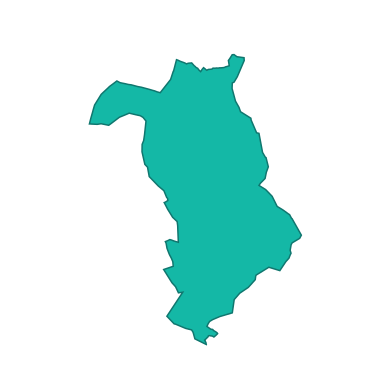 Atakunmosa West, Osun, Nigeria (Mercator projection), rotated 195°
{"feature_id": "59680162B20429116941940", "entity_name": "Atakunmosa West", "entity_type": "district", "adm_level": 2, "iso_a3": "NGA", "parent_name": "Nigeria", "parent_adm1": "Osun", "projection": "mercator", "projection_center": [4.653, 7.599], "detail": "fine", "context": "isolated", "style": "filled", "palette": "teal", "viewbox_px": 384, "rotation_deg": 195, "n_neighbors": 0, "source": "geoboundaries", "source_scale": "gbopen_adm2", "svg_char_len": 2781}
<svg xmlns="http://www.w3.org/2000/svg" viewBox="0 0 384 384"><g transform="rotate(195 192 192)"><path d="M75.2,178.6L88.5,192.2L89.1,192.4L92.0,195.5L92.5,195.5L99.2,198.1L106.0,200.1L113.5,208.6L121.3,213.3L129.0,215.7L128.2,218.1L124.9,224.0L125.3,230.3L124.8,236.1L129.4,244.4L130.1,244.5L134.1,248.5L142.5,266.0L144.9,265.9L145.0,266.0L153.5,276.8L154.2,278.5L165.9,282.1L168.5,285.9L173.5,291.0L180.1,302.4L181.3,307.8L179.8,309.0L178.1,315.0L175.6,332.5L176.5,335.2L183.6,334.3L187.0,335.6L188.7,335.0L190.2,330.2L190.9,328.5L188.7,323.6L189.6,323.0L190.5,322.4L191.8,321.7L192.6,321.0L193.6,320.4L194.9,319.9L196.2,319.4L197.4,319.1L198.9,318.4L200.5,318.1L201.8,317.5L203.3,317.2L204.1,316.8L204.6,315.8L206.6,315.1L208.0,314.6L209.2,313.4L210.2,313.8L211.4,314.4L213.0,315.1L213.8,313.5L214.8,310.5L215.9,311.1L217.0,311.7L218.6,313.0L220.2,313.3L221.5,314.1L222.5,314.5L225.7,316.6L228.7,315.5L229.6,315.0L230.5,314.3L231.9,314.7L233.3,314.9L234.5,315.0L235.8,315.1L237.1,315.2L238.2,315.4L239.8,315.7L241.2,315.8L241.1,303.2L241.3,304.2L241.8,295.1L248.4,279.7L251.6,279.7L254.2,280.0L256.4,280.0L260.0,280.1L264.1,280.1L268.0,280.1L271.7,279.8L273.8,279.8L275.6,279.8L278.3,279.8L281.4,279.4L284.8,279.3L287.6,279.1L289.9,279.0L293.3,279.8L296.1,276.2L299.2,272.3L299.4,271.8L303.6,265.1L305.0,262.8L308.6,250.8L308.7,246.2L308.7,242.9L308.8,237.0L308.7,231.2L301.1,232.8L297.5,234.4L289.7,234.9L287.3,237.9L281.5,245.4L274.3,250.9L273.1,251.9L266.1,252.1L261.7,252.3L258.6,251.4L254.8,248.6L253.5,240.3L252.7,235.1L252.0,229.2L252.5,225.1L250.7,217.9L244.7,206.5L241.3,204.4L240.8,203.2L237.3,195.8L226.0,189.0L219.5,186.0L215.0,180.1L214.0,179.6L213.1,177.5L214.0,176.6L214.4,176.1L214.9,175.6L215.5,175.0L216.1,174.6L210.9,168.9L206.1,164.4L204.1,162.5L203.3,162.1L198.7,159.6L197.1,155.7L192.2,139.9L196.6,140.0L199.4,140.3L201.1,140.3L203.0,138.6L203.3,138.4L204.9,137.2L203.7,135.7L203.1,134.4L201.6,131.2L198.8,127.3L197.5,125.6L194.8,122.7L192.5,119.7L190.9,115.4L199.3,109.8L187.8,99.1L183.3,96.2L179.0,91.1L175.0,92.8L184.1,65.5L175.1,60.0L173.8,60.1L162.8,58.6L156.7,58.7L154.6,56.7L151.2,50.9L138.7,48.4L138.7,48.5L139.0,49.0L139.4,49.5L139.5,50.1L140.2,50.9L141.4,52.0L141.0,52.3L141.2,52.7L141.0,52.9L139.7,55.1L139.5,55.6L139.3,55.7L139.0,56.5L138.9,57.3L138.4,57.7L137.4,57.8L135.0,58.1L133.3,57.6L131.9,59.6L130.9,61.3L130.6,61.8L131.2,62.4L132.3,62.9L134.3,63.5L135.4,63.8L136.3,64.5L136.8,64.6L138.3,64.3L139.0,64.6L142.8,66.0L142.5,67.9L142.2,69.3L141.5,71.5L139.0,74.1L132.9,78.9L121.8,85.7L123.4,99.0L119.7,106.6L112.9,114.5L108.2,123.7L108.7,127.2L108.5,128.4L98.3,139.2L86.8,138.8L83.3,149.1L81.2,153.2L80.9,156.4L80.5,158.5L82.1,161.1L82.6,166.7L82.1,168.8L76.0,175.1L75.2,178.6Z" fill="#14b8a6" stroke="#0f766e" stroke-width="1.5"/></g></svg>